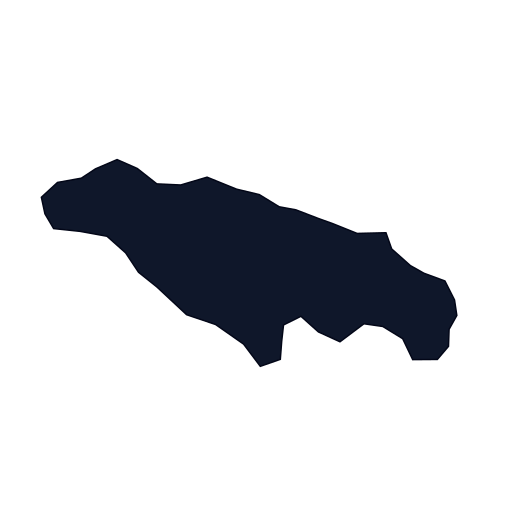 Templos, Cyprus (Equal Earth projection), rotated 125°
{"feature_id": "46923920B79471002373027", "entity_name": "Templos", "entity_type": "district", "adm_level": 2, "iso_a3": "CYP", "parent_name": "Cyprus", "parent_adm1": "", "projection": "equal_earth", "projection_center": [33.291, 35.33], "detail": "fine", "context": "isolated", "style": "filled", "palette": "ink", "viewbox_px": 512, "rotation_deg": 125, "n_neighbors": 0, "source": "geoboundaries", "source_scale": "gbopen_adm2", "svg_char_len": 763}
<svg xmlns="http://www.w3.org/2000/svg" viewBox="0 0 512 512"><g transform="rotate(125 256 256)"><path d="M162.4,162.9L179.5,186.1L185.3,211.0L189.5,226.5L195.3,249.8L202.4,265.3L203.8,288.5L212.4,310.3L219.5,341.3L241.0,358.4L253.8,378.6L252.4,403.4L256.7,425.1L276.7,437.5L292.4,443.7L309.6,460.8L331.0,465.5L342.5,453.1L349.6,437.5L336.7,414.2L325.3,389.4L328.2,364.6L336.7,342.9L338.2,319.6L343.9,279.2L335.3,249.8L335.3,215.6L343.9,189.2L326.7,176.8L311.0,186.1L296.7,193.9L282.9,186.4L279.6,184.6L281.3,170.5L282.4,161.3L278.1,138.0L249.6,128.7L241.0,111.7L239.6,88.4L251.0,68.2L236.7,48.1L219.6,46.5L205.3,55.8L189.5,57.4L178.1,68.2L168.1,86.9L173.8,108.6L175.3,124.1L172.4,148.9L162.4,162.9Z" fill="#0f172a" stroke="#020617" stroke-width="1.5"/></g></svg>